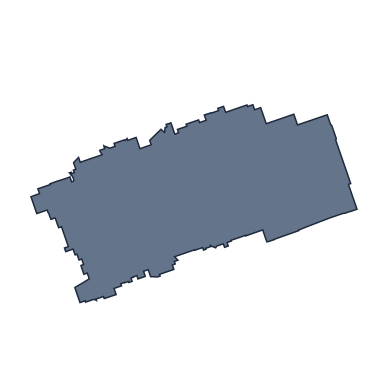 outline of Dowerin, Western Australia, Australia, rotated 71°
{"feature_id": "25037944B58207809126055", "entity_name": "Dowerin", "entity_type": "district", "adm_level": 2, "iso_a3": "AUS", "parent_name": "Australia", "parent_adm1": "Western Australia", "projection": "robinson", "projection_center": [117.124, -31.113], "detail": "fine", "context": "isolated", "style": "filled", "palette": "slate", "viewbox_px": 384, "rotation_deg": 71, "n_neighbors": 0, "source": "geoboundaries", "source_scale": "gbopen_adm2", "svg_char_len": 4905}
<svg xmlns="http://www.w3.org/2000/svg" viewBox="0 0 384 384"><g transform="rotate(71 192 192)"><path d="M260.1,333.9L260.1,328.5L261.5,328.5L261.5,328.3L261.5,327.7L261.5,326.2L261.5,324.3L261.5,322.3L261.5,320.5L261.6,320.2L261.6,319.9L261.7,319.7L261.8,319.5L261.9,319.4L262.0,319.1L262.2,318.9L262.5,318.6L263.4,317.7L262.0,317.7L262.0,309.7L264.2,309.7L264.3,297.1L257.8,297.1L257.8,289.2L255.5,289.2L255.5,285.5L255.9,285.5L255.9,281.2L257.0,281.2L257.0,277.7L253.5,277.7L253.5,275.0L253.1,275.0L253.1,271.5L253.1,271.4L255.6,271.4L256.6,271.4L256.6,270.5L256.6,268.2L256.6,267.2L256.6,265.8L256.6,264.2L256.6,263.7L255.6,263.6L253.6,263.6L252.4,263.6L252.2,263.6L251.2,263.6L251.2,258.7L258.6,258.7L258.7,258.4L259.6,256.0L261.0,252.4L261.1,252.1L261.1,251.3L261.1,251.2L261.1,249.5L259.3,249.5L259.3,243.3L259.3,237.9L259.3,234.4L257.6,234.3L255.6,234.3L254.6,234.3L254.6,231.3L251.9,231.3L251.9,227.6L250.3,228.2L248.2,229.2L247.5,229.5L247.5,229.4L247.5,219.0L247.5,208.5L248.0,208.5L248.0,204.8L248.0,203.1L248.1,200.1L250.7,200.0L250.7,197.6L249.7,197.6L249.7,191.9L248.8,191.9L248.7,191.9L248.8,191.8L248.9,191.7L249.2,191.5L249.3,191.3L249.5,191.1L250.5,190.1L250.9,189.6L251.3,189.2L251.6,188.9L251.7,188.7L251.8,188.6L252.5,187.9L252.5,187.7L251.2,186.5L251.2,186.3L251.2,179.3L254.9,179.2L254.9,175.3L251.2,175.3L251.2,171.0L251.2,170.9L250.4,171.0L250.4,155.2L251.0,155.4L250.9,137.4L252.4,137.5L263.5,137.5L263.8,135.8L263.8,131.7L263.7,131.7L263.8,129.7L263.5,129.7L263.5,127.4L263.4,120.1L263.4,119.7L263.4,119.4L263.3,103.6L262.5,103.3L262.6,103.2L262.6,102.8L262.6,102.6L262.6,102.3L262.1,90.4L261.7,80.0L261.7,78.7L261.5,73.3L261.4,71.1L261.4,66.3L261.4,63.8L261.4,56.3L261.5,56.1L261.8,54.5L261.9,53.5L261.8,49.7L262.1,48.8L262.0,48.6L262.0,44.5L262.0,41.6L259.3,41.6L252.5,41.6L241.5,41.6L239.9,41.6L236.0,41.6L235.9,41.5L235.7,41.2L235.7,39.2L223.9,39.2L221.9,39.2L219.5,39.2L211.0,39.2L205.0,39.2L198.7,39.2L198.3,39.2L190.1,39.2L189.8,39.2L189.6,39.2L189.4,39.0L189.2,38.9L189.1,38.7L188.9,38.4L188.7,38.3L188.4,38.2L188.2,38.2L179.3,38.2L174.9,38.2L174.6,38.3L174.4,38.3L174.1,38.4L174.0,38.6L173.7,38.7L173.6,38.8L173.4,38.9L173.2,38.9L172.9,39.0L171.7,39.0L164.3,39.0L163.0,39.0L163.0,51.6L163.0,53.5L163.0,53.8L162.9,70.4L151.6,70.4L151.6,87.1L151.6,94.1L151.6,99.6L142.6,99.6L134.6,99.6L134.6,106.0L133.5,106.0L129.3,106.0L129.3,111.7L127.6,111.7L127.6,117.0L127.6,134.3L123.7,134.3L121.3,134.3L121.3,135.5L121.3,138.0L121.3,139.7L121.3,140.4L123.7,140.4L123.7,148.2L123.3,148.2L123.3,152.5L123.2,152.5L123.2,155.3L125.7,155.3L127.5,155.3L128.8,155.3L128.8,162.2L128.8,162.3L126.0,162.3L126.0,170.3L126.0,175.5L126.4,175.5L128.2,175.5L128.1,185.4L131.6,185.4L131.6,185.9L131.7,189.3L131.6,189.5L125.2,189.4L122.2,189.4L119.8,189.4L119.8,192.2L119.7,192.3L119.7,194.5L119.8,194.5L122.3,194.5L122.3,196.4L122.3,196.5L126.7,198.5L126.8,198.6L122.6,200.9L123.1,201.9L129.4,215.2L134.1,215.2L134.1,227.1L127.9,227.1L122.2,227.1L122.2,229.9L122.3,236.0L120.3,236.0L121.5,238.5L120.7,238.9L120.7,243.1L120.7,243.8L120.7,249.9L123.8,249.9L123.8,255.6L123.7,255.7L122.6,256.8L121.6,258.0L120.7,259.1L120.4,259.6L120.2,259.8L120.0,260.0L119.9,260.2L119.7,260.3L120.0,260.4L122.6,260.4L122.6,263.3L122.6,265.7L123.9,265.7L127.4,264.8L127.5,267.0L127.5,272.6L127.4,278.6L127.5,278.7L127.5,288.0L122.5,288.0L122.4,288.0L125.6,294.4L129.8,294.4L132.7,294.4L132.7,297.0L135.4,297.0L135.4,299.8L134.0,299.8L134.0,301.6L134.5,301.2L135.7,301.1L136.3,301.1L137.2,300.2L140.6,299.7L141.4,299.8L142.6,300.0L142.9,300.3L143.2,300.6L143.2,302.4L143.1,302.5L138.0,302.5L138.1,306.7L138.1,306.9L138.1,307.4L137.9,318.0L138.0,323.6L138.8,323.6L138.8,331.6L138.8,336.7L143.9,336.7L144.0,345.8L144.6,345.8L151.2,345.8L151.5,345.8L160.5,345.8L161.9,345.8L161.9,334.8L162.0,334.8L162.9,334.7L164.3,334.8L164.5,334.8L164.8,334.7L165.1,334.6L165.3,334.4L165.5,334.4L167.9,334.4L169.2,334.4L170.8,334.3L171.9,334.3L172.0,333.7L172.0,332.2L171.9,331.2L172.0,330.5L171.9,330.4L172.0,330.3L172.0,330.2L172.1,329.9L172.3,329.8L172.5,329.8L173.1,329.8L174.0,329.8L176.4,329.8L179.4,329.8L179.4,329.7L182.4,329.6L182.4,326.7L189.1,326.7L192.5,326.7L203.4,326.7L203.4,330.8L207.3,330.8L207.3,323.0L213.4,323.0L213.4,320.9L219.5,321.0L219.5,320.9L219.5,318.1L225.3,318.1L225.3,320.9L228.0,321.0L231.1,321.0L231.4,321.0L232.7,321.0L234.6,321.0L234.6,317.5L234.6,317.4L236.6,317.4L238.0,317.4L239.3,317.4L240.6,317.4L241.0,318.7L241.3,320.4L241.7,322.0L241.9,323.0L242.2,324.2L242.7,326.6L243.0,328.5L243.3,329.5L243.4,330.4L243.6,331.2L243.8,332.1L243.9,332.6L244.0,332.9L244.0,333.2L244.1,333.3L244.2,333.5L244.2,333.8L244.3,333.9L245.2,333.9L245.3,333.9L245.9,333.9L247.1,333.9L247.7,333.9L249.2,333.9L250.5,333.9L251.7,333.9L252.2,333.9L252.3,333.9L252.7,333.9L253.2,333.9L254.8,333.9L255.7,333.9L257.2,333.9L258.4,333.9L259.9,333.9L260.1,333.9Z" fill="#64748b" stroke="#1e293b" stroke-width="1.5"/></g></svg>